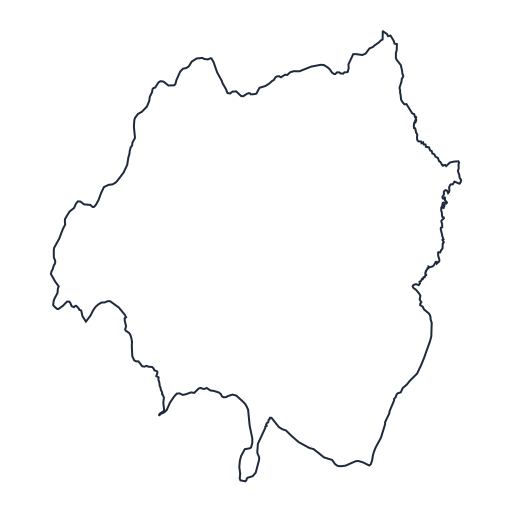 the district of Tona, Santander, Colombia
{"feature_id": "7082276B13563988320283", "entity_name": "Tona", "entity_type": "district", "adm_level": 2, "iso_a3": "COL", "parent_name": "Colombia", "parent_adm1": "Santander", "projection": "equal_earth", "projection_center": [-72.942, 7.167], "detail": "fine", "context": "isolated", "style": "outline", "palette": "slate", "viewbox_px": 512, "rotation_deg": 0, "n_neighbors": 0, "source": "geoboundaries", "source_scale": "gbopen_adm2", "svg_char_len": 5954}
<svg xmlns="http://www.w3.org/2000/svg" viewBox="0 0 512 512"><path d="M69.4,211.7L65.0,219.0L64.9,222.0L65.2,224.5L62.8,229.2L59.3,238.5L54.2,247.7L53.8,249.7L53.8,256.4L54.0,257.9L55.2,260.8L55.2,262.6L54.7,264.2L53.8,265.3L52.7,269.2L51.4,271.6L50.9,274.0L55.0,281.3L58.7,286.4L57.9,288.5L57.5,292.9L54.3,299.1L53.6,301.3L53.2,305.2L54.9,307.1L57.3,309.0L58.6,308.9L62.8,305.9L67.0,301.6L69.2,301.6L70.4,303.1L71.6,306.1L73.9,307.2L75.4,305.9L76.3,305.9L78.7,308.4L79.4,309.9L81.2,310.5L82.4,316.0L85.9,321.6L90.5,315.6L93.2,310.2L95.5,306.9L98.5,304.3L101.4,302.6L104.8,302.4L107.6,301.2L110.1,301.2L118.8,307.5L124.6,314.5L126.1,317.2L124.6,318.4L124.9,321.6L126.1,326.2L125.1,329.4L125.8,330.8L128.7,332.6L129.9,334.0L131.1,337.0L132.0,341.6L131.8,345.9L132.3,356.3L134.2,360.3L136.0,361.3L138.5,361.4L142.2,366.3L144.5,366.6L146.6,365.9L148.4,366.7L152.1,367.0L153.5,368.4L154.5,370.4L156.7,371.1L157.3,371.9L157.4,372.9L156.3,376.1L158.6,377.4L158.4,379.6L159.3,382.5L159.8,386.2L160.4,387.2L160.9,389.8L162.1,392.4L162.1,394.3L162.8,394.8L163.9,397.6L163.3,403.0L164.2,410.1L163.5,411.2L159.7,413.7L158.7,415.7L161.7,413.3L164.1,412.5L166.7,410.0L170.0,402.6L174.0,396.7L176.8,393.6L179.7,393.4L182.7,394.9L185.7,394.3L191.1,392.4L194.2,392.9L198.8,388.4L200.7,387.9L202.8,388.8L204.6,388.9L206.7,388.0L210.5,390.5L213.4,390.8L218.9,392.5L220.9,394.2L222.0,396.4L223.6,397.3L226.4,397.1L227.5,396.2L232.5,394.6L236.3,395.6L239.0,398.0L244.2,402.8L246.1,405.4L248.1,409.7L249.6,425.3L252.3,438.4L252.3,442.9L251.1,447.4L249.8,448.3L244.8,449.2L241.1,456.0L239.9,460.5L239.3,467.0L240.2,473.8L239.7,478.5L240.5,480.4L245.4,481.3L246.4,480.2L246.8,478.7L247.5,477.8L252.6,476.2L255.7,472.7L259.1,459.8L259.2,457.3L257.5,453.5L257.3,451.7L257.9,443.8L265.4,427.6L265.3,426.6L266.7,425.8L266.1,424.7L267.0,422.9L268.2,422.3L268.7,419.7L269.5,419.4L269.9,417.8L271.5,417.8L278.9,427.1L282.3,429.2L286.0,430.5L291.3,435.7L298.5,442.0L309.2,447.9L313.7,449.2L324.2,457.5L332.1,459.9L335.0,464.0L337.0,465.5L338.5,466.1L340.9,466.2L345.4,465.7L355.7,461.2L358.2,461.0L362.6,462.2L369.3,465.5L370.8,464.2L372.1,460.4L373.0,454.9L374.1,451.4L375.7,447.4L381.0,437.6L385.1,424.2L385.1,422.1L389.3,413.4L389.6,411.1L394.0,400.7L394.1,398.9L395.6,397.3L396.8,394.1L397.7,393.3L400.8,392.3L402.7,388.0L406.8,384.6L409.9,380.7L417.1,373.6L421.2,365.0L424.1,357.8L430.0,341.2L431.3,336.3L431.7,322.8L430.6,319.4L430.5,317.0L429.9,315.1L429.0,313.6L424.0,309.4L422.7,306.7L420.1,305.0L420.3,303.5L421.3,302.4L419.7,299.3L420.4,295.8L419.2,293.6L416.1,289.9L413.5,288.0L412.6,286.2L413.3,285.1L415.9,284.1L418.7,285.1L419.9,283.5L419.5,281.7L421.0,281.1L422.0,278.9L422.5,278.9L422.5,279.9L423.5,277.2L424.6,277.3L425.3,275.5L426.2,275.1L426.2,274.6L425.3,273.8L425.5,272.0L426.1,271.6L426.0,270.7L427.1,269.5L427.5,268.2L428.4,268.2L428.5,266.5L429.8,267.2L432.6,266.4L433.8,265.3L435.8,261.9L436.7,261.9L436.9,263.5L439.2,261.4L439.4,259.8L438.2,255.8L438.1,252.6L438.4,252.2L440.2,252.4L441.1,250.2L442.5,248.6L442.8,243.2L443.7,242.6L443.8,242.0L442.5,240.1L442.5,239.7L443.5,239.3L442.5,236.7L440.7,229.0L440.9,227.7L442.2,227.3L442.1,223.9L441.4,221.9L441.4,220.8L442.2,219.7L443.9,218.4L443.7,217.4L442.6,217.1L442.1,216.1L441.8,212.4L441.2,210.8L441.3,207.5L441.7,206.9L442.3,207.6L443.6,208.0L444.1,206.8L444.5,205.3L444.2,204.9L442.2,205.8L442.8,202.8L443.8,202.5L446.2,203.6L446.8,202.9L446.9,202.3L444.9,200.1L445.0,197.7L444.8,197.5L443.7,198.7L443.2,198.7L442.8,198.3L442.4,196.9L443.9,194.4L443.9,191.6L444.9,190.5L445.5,190.1L447.1,190.7L448.1,193.1L449.0,192.1L449.4,190.6L449.1,187.3L450.2,184.9L451.0,184.3L452.8,184.3L454.5,181.6L459.4,183.7L459.9,183.4L461.1,180.8L460.9,179.6L459.6,177.8L459.3,175.1L457.9,170.9L458.7,168.5L458.5,164.5L459.1,162.6L458.4,161.3L453.8,161.6L449.8,162.6L446.2,166.1L445.1,164.9L444.0,165.3L443.1,165.1L442.9,165.7L442.5,165.6L440.5,162.1L439.0,161.0L437.9,157.9L435.6,156.8L434.2,154.2L432.3,153.4L431.8,151.2L430.2,150.4L428.9,147.3L425.9,146.8L425.6,144.8L425.1,144.3L423.8,144.5L423.1,143.5L423.1,142.5L421.5,143.2L421.3,141.6L418.3,141.3L417.2,139.8L417.0,137.4L417.3,134.6L416.1,132.5L415.3,128.7L415.0,128.2L414.1,128.1L413.8,126.9L414.1,123.3L415.1,121.1L415.6,121.9L416.1,120.8L416.2,119.5L415.6,118.1L416.2,117.4L415.8,116.8L414.9,116.8L414.2,114.1L412.2,113.4L406.5,104.1L404.4,104.3L402.2,101.7L401.1,99.6L400.5,94.0L400.1,93.1L400.1,90.2L399.5,87.8L401.4,81.9L401.8,78.9L403.2,76.6L403.0,74.8L402.4,74.0L402.2,71.3L400.8,65.1L396.5,59.6L395.9,57.9L395.9,52.9L396.7,50.3L396.9,44.1L394.6,43.7L393.6,40.6L390.5,35.6L388.1,36.2L387.0,34.0L383.2,31.5L382.8,30.7L382.6,39.5L380.9,40.4L378.8,42.5L374.3,45.6L372.9,47.0L369.4,48.5L365.6,53.6L362.4,55.0L355.8,54.1L353.2,54.2L348.4,64.5L348.7,68.1L347.8,71.8L347.4,72.1L344.3,72.4L343.1,73.7L340.6,73.4L339.1,72.3L337.1,72.3L335.3,74.0L334.1,74.0L332.0,72.6L329.6,69.1L327.9,67.6L323.8,65.0L320.8,64.8L311.2,66.6L299.4,71.3L293.7,71.2L290.3,72.2L287.2,75.0L285.1,74.7L280.9,77.3L279.0,76.2L277.0,76.4L275.6,77.2L273.6,80.2L272.2,80.9L269.2,83.6L265.4,86.0L259.5,87.8L256.4,93.6L254.1,94.2L250.7,94.3L250.0,93.4L249.0,93.1L246.9,93.8L243.3,96.2L241.2,96.1L236.2,91.4L232.5,91.6L230.1,93.5L227.5,93.0L226.0,89.3L222.5,83.1L221.8,80.9L217.1,72.3L213.6,62.2L211.4,58.4L210.8,58.2L207.9,59.4L204.3,59.0L202.4,57.9L196.6,58.5L191.7,61.6L189.0,66.0L188.0,67.0L186.0,68.1L183.0,68.7L180.2,71.6L176.6,79.6L175.3,84.2L174.1,85.3L168.4,85.5L163.5,81.6L160.4,81.2L158.4,82.5L155.2,87.6L153.6,88.0L152.6,89.0L152.0,92.3L149.8,96.8L149.2,101.1L146.9,106.6L141.7,111.9L138.0,113.9L135.0,117.9L134.3,120.3L133.9,126.6L135.0,137.9L132.4,142.7L132.1,145.6L130.7,147.2L129.7,151.1L129.5,153.6L128.4,157.3L127.2,164.9L123.5,172.7L117.4,180.7L115.7,182.5L112.5,184.4L108.7,184.8L103.9,187.1L101.0,193.3L98.5,200.1L95.9,204.8L94.2,206.8L92.7,207.0L90.2,204.9L84.2,204.4L80.3,201.5L77.8,201.4L76.0,203.6L74.1,207.9L69.4,211.7Z" fill="none" stroke="#1e293b" stroke-width="2"/></svg>